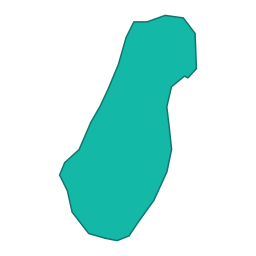 outline of Lysekil, Västra Götaland, Sweden
{"feature_id": "70781695B61994796728943", "entity_name": "Lysekil", "entity_type": "district", "adm_level": 2, "iso_a3": "SWE", "parent_name": "Sweden", "parent_adm1": "Västra Götaland", "projection": "orthographic", "projection_center": [11.489, 58.387], "detail": "fine", "context": "isolated", "style": "filled", "palette": "teal", "viewbox_px": 256, "rotation_deg": 0, "n_neighbors": 0, "source": "geoboundaries", "source_scale": "gbopen_adm2", "svg_char_len": 472}
<svg xmlns="http://www.w3.org/2000/svg" viewBox="0 0 256 256"><path d="M59.6,175.1L67.4,190.8L72.1,212.1L88.7,233.5L105.3,238.3L117.1,240.6L129.0,235.9L138.5,221.7L153.9,200.3L166.9,171.9L171.6,149.4L169.2,126.9L166.8,106.8L171.5,86.7L184.5,76.1L187.9,77.9L196.4,68.7L195.1,33.5L183.3,17.9L165.1,15.4L146.9,21.9L133.9,21.9L126.1,37.5L118.3,64.8L107.9,89.6L100.0,106.5L90.9,122.2L79.1,149.6L64.7,162.6L59.6,175.1Z" fill="#14b8a6" stroke="#0f766e" stroke-width="1.5"/></svg>